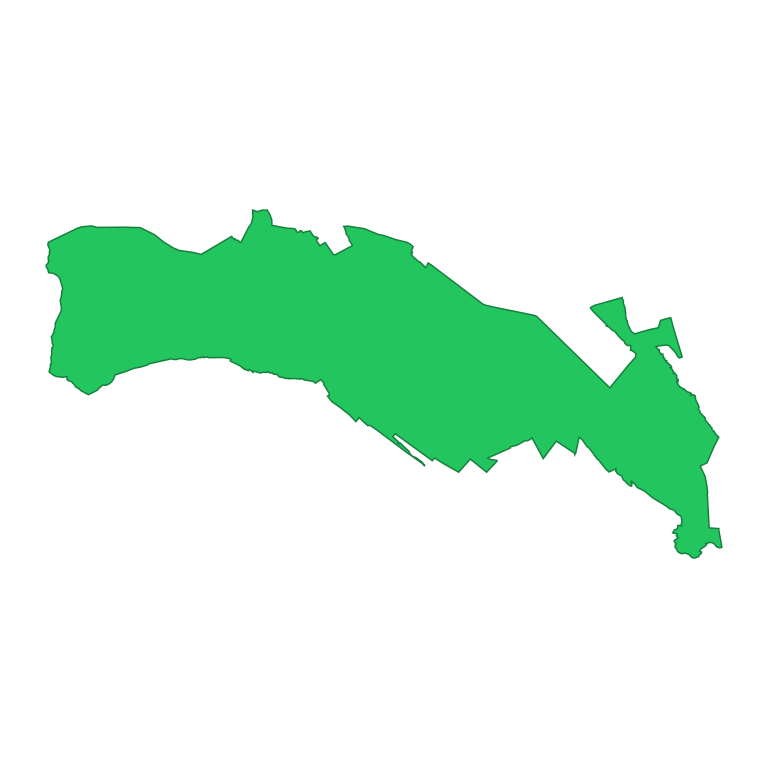 Flamanzi, Botosani, Romania
{"feature_id": "2599482B79845284556073", "entity_name": "Flamanzi", "entity_type": "district", "adm_level": 2, "iso_a3": "ROU", "parent_name": "Romania", "parent_adm1": "Botosani", "projection": "robinson", "projection_center": [26.986, 47.54], "detail": "fine", "context": "isolated", "style": "filled", "palette": "green", "viewbox_px": 768, "rotation_deg": 0, "n_neighbors": 0, "source": "geoboundaries", "source_scale": "gbopen_adm2", "svg_char_len": 6063}
<svg xmlns="http://www.w3.org/2000/svg" viewBox="0 0 768 768"><path d="M590.6,307.4L590.6,308.4L593.6,311.9L607.2,325.4L607.3,325.8L606.6,326.0L609.5,327.3L611.0,329.3L614.8,331.5L619.1,336.8L622.7,340.3L623.6,340.4L625.1,343.5L626.9,345.2L627.6,345.6L630.6,345.4L630.8,349.0L630.5,350.4L631.6,350.3L632.5,351.1L633.0,351.0L636.0,353.8L635.7,357.0L629.6,363.7L609.8,387.8L536.6,316.3L534.0,315.3L496.1,307.6L485.9,305.3L483.0,304.2L430.6,264.5L428.1,263.0L427.0,265.6L425.5,267.5L419.7,261.8L419.1,262.2L415.8,259.0L413.5,257.3L411.9,255.3L411.6,254.7L412.4,252.1L411.1,252.0L413.1,246.7L410.4,244.3L407.1,242.4L396.1,239.7L382.0,235.0L379.3,234.8L364.3,228.7L347.7,226.1L343.7,226.5L344.5,227.8L345.8,231.4L346.2,234.1L348.0,236.3L348.9,238.1L349.2,240.3L352.5,245.5L335.5,254.6L333.5,254.7L325.1,242.5L319.9,245.8L316.3,240.2L316.4,239.5L318.1,238.6L317.9,237.9L317.4,237.4L314.2,236.6L312.7,235.2L310.0,230.9L305.1,231.9L303.1,232.9L301.4,230.8L300.4,230.7L299.0,232.1L297.9,232.3L296.3,231.5L296.1,230.3L294.7,228.7L287.1,228.2L273.1,225.6L271.9,225.2L271.8,219.9L270.0,214.8L267.2,210.0L266.5,210.3L262.5,210.0L257.5,211.7L252.7,210.0L252.9,217.2L251.5,222.7L250.7,224.6L248.8,227.0L240.9,242.4L239.7,242.2L238.5,240.6L235.5,239.8L235.1,238.8L233.4,238.8L231.7,236.4L201.2,254.4L192.9,252.4L179.5,250.5L174.1,248.4L163.9,242.2L154.7,234.8L140.2,227.6L122.9,227.2L96.7,227.4L91.9,225.9L81.8,226.8L77.1,228.4L48.4,242.2L47.8,244.8L49.9,249.9L49.5,251.4L49.7,252.7L49.3,252.9L49.5,254.4L48.2,256.9L48.3,259.7L48.8,261.8L46.1,265.4L46.6,267.6L47.9,269.4L48.3,270.7L48.2,271.7L49.0,272.9L52.3,273.0L53.8,273.7L56.7,275.2L59.0,277.2L60.1,279.7L62.8,288.5L62.0,290.7L61.3,296.6L60.2,300.4L61.3,306.9L61.3,310.8L55.3,323.1L55.3,327.0L54.3,329.6L53.9,331.7L54.0,332.6L53.1,333.4L52.6,335.5L51.4,336.3L51.3,336.8L52.0,339.7L52.3,343.5L53.1,345.0L53.3,346.0L51.8,348.1L52.0,348.8L51.6,350.3L51.8,354.5L50.9,356.9L51.4,362.7L51.1,363.6L50.6,363.8L50.1,368.1L49.1,372.0L53.7,375.4L56.1,376.4L62.4,377.3L67.1,376.6L66.9,379.2L68.1,380.6L71.4,381.6L74.9,385.4L75.6,386.9L78.8,388.7L81.2,390.8L86.7,393.8L88.6,394.6L97.2,390.3L98.8,388.2L100.9,386.8L102.4,385.1L106.3,385.2L109.0,383.9L111.6,381.9L113.8,378.6L115.1,374.9L125.9,371.5L133.2,368.5L141.2,366.9L146.5,365.3L149.8,363.6L171.5,358.8L173.5,359.5L176.7,359.5L178.9,358.6L182.9,358.7L187.0,359.8L190.8,359.9L195.7,359.0L198.1,357.7L201.3,357.6L202.3,356.9L203.8,357.6L207.3,356.9L208.2,357.6L210.0,357.7L223.7,357.5L230.9,358.9L230.2,360.9L230.6,361.2L240.0,365.8L242.9,368.1L244.5,368.6L244.3,369.3L248.8,370.7L249.1,369.5L250.1,369.7L253.0,372.3L253.1,371.3L255.0,371.5L260.7,373.1L262.7,372.2L266.9,372.4L267.0,371.8L267.5,371.8L269.6,372.4L270.0,373.1L272.6,372.8L273.3,374.1L277.1,374.5L279.2,376.9L283.6,377.5L283.9,378.0L285.0,378.3L288.4,378.7L288.4,378.3L289.4,378.3L289.6,378.7L294.2,378.5L300.4,379.1L300.4,378.7L302.5,378.8L304.0,379.4L304.0,379.9L313.3,381.4L315.5,383.2L320.5,379.7L322.4,381.3L323.9,383.3L323.6,384.2L329.3,393.5L329.2,395.0L327.5,396.1L331.9,401.7L339.8,407.2L349.3,414.7L355.9,421.6L358.7,418.4L358.9,417.5L367.8,425.7L370.0,425.4L376.6,429.8L404.8,451.0L422.0,463.3L424.3,465.7L424.7,465.1L422.6,463.3L422.6,462.6L416.3,457.9L412.7,456.3L411.2,455.1L409.8,453.5L408.9,451.3L400.3,443.1L399.1,444.1L397.8,443.1L398.8,442.2L392.8,436.7L395.3,433.8L432.3,460.7L434.6,458.0L442.6,463.1L458.7,472.2L470.3,459.1L486.6,472.2L497.1,461.1L496.8,460.4L489.9,459.3L487.8,458.0L510.5,447.9L510.6,446.7L517.0,445.2L524.9,440.8L526.9,440.8L530.2,439.5L532.0,437.8L543.2,458.6L556.3,441.1L574.8,453.4L574.9,454.5L575.8,452.7L578.9,438.5L579.2,437.5L579.6,437.4L582.0,439.5L587.1,446.6L588.7,447.7L593.9,454.3L594.5,455.7L595.7,456.6L596.6,458.5L598.6,460.0L605.9,469.2L609.1,472.0L616.0,468.7L615.7,471.1L617.8,474.0L621.9,476.0L622.2,477.5L623.4,480.0L625.3,481.3L627.5,483.9L630.1,485.9L631.3,486.2L631.7,485.4L631.9,483.9L630.8,481.7L631.4,481.4L635.3,484.5L636.5,486.7L637.8,487.8L644.3,490.9L652.8,497.9L666.9,506.5L669.7,508.9L673.4,509.8L675.3,511.5L675.9,512.7L677.7,514.4L681.2,516.3L681.9,522.1L681.2,523.8L681.6,525.7L678.0,525.4L677.2,529.0L674.5,529.8L672.7,532.8L674.5,533.5L676.5,533.4L677.2,534.2L676.3,535.8L678.2,537.8L674.8,540.0L674.1,541.0L675.0,542.8L676.2,543.5L676.0,544.4L675.2,545.0L675.1,547.4L676.8,549.2L677.4,551.2L678.6,552.3L681.7,553.8L684.7,553.0L689.1,554.5L691.5,557.2L692.7,557.8L694.8,558.0L698.5,556.6L699.6,554.8L701.1,553.5L701.6,552.1L699.6,551.1L701.1,548.7L704.0,547.0L706.3,545.0L706.4,544.0L705.2,543.2L707.3,543.5L708.8,542.5L712.1,542.6L714.3,543.9L716.3,546.5L717.4,547.2L719.9,547.9L721.9,547.2L718.7,529.5L718.9,528.6L709.3,527.9L709.1,527.5L707.3,493.2L707.7,492.7L706.7,484.9L705.0,476.2L700.2,466.0L707.0,462.9L713.7,447.4L718.8,437.1L716.0,434.6L715.5,433.5L714.4,432.3L714.3,431.5L712.5,430.2L711.8,428.8L711.9,427.8L710.5,426.8L710.0,425.2L708.8,424.4L705.1,419.6L705.2,417.8L703.4,416.0L702.5,415.6L701.9,414.3L700.0,412.8L700.0,411.3L698.4,409.0L698.4,408.3L699.0,407.7L698.5,405.4L695.8,400.0L695.1,395.7L693.4,394.6L690.5,395.3L691.2,393.4L689.1,392.2L688.1,392.2L685.7,390.6L684.3,389.1L683.0,389.3L682.7,388.3L679.9,387.2L679.9,386.5L678.0,384.6L677.7,383.0L676.6,382.1L676.7,380.9L678.0,381.3L678.3,380.1L678.1,379.2L676.5,378.7L676.9,376.0L675.1,373.4L673.4,373.5L673.8,371.9L672.9,371.3L672.8,370.3L672.0,369.1L670.2,367.8L671.6,367.2L671.5,366.8L670.9,366.3L670.7,365.3L668.7,364.1L668.3,363.0L666.7,362.7L666.4,361.4L666.7,360.8L665.4,360.7L665.0,360.0L665.0,358.9L663.6,358.4L663.9,357.5L662.8,355.5L662.9,354.2L661.5,354.3L661.1,353.5L660.4,353.5L659.7,352.5L659.2,349.6L658.3,349.8L655.9,346.8L659.4,345.8L666.0,345.1L668.8,345.5L675.5,352.6L677.9,356.9L679.5,358.0L682.2,357.0L673.9,329.5L670.7,317.6L660.5,320.4L658.4,327.7L648.3,329.9L634.7,333.9L631.6,331.8L629.5,328.5L629.6,327.7L627.9,324.7L627.1,320.5L626.5,319.9L625.8,316.6L625.5,313.1L625.8,312.6L625.2,311.2L625.3,309.3L624.5,306.1L623.3,303.5L623.5,300.9L622.4,299.0L622.2,297.5L595.0,305.2L590.6,307.4Z" fill="#22c55e" stroke="#15803d" stroke-width="1.5"/></svg>